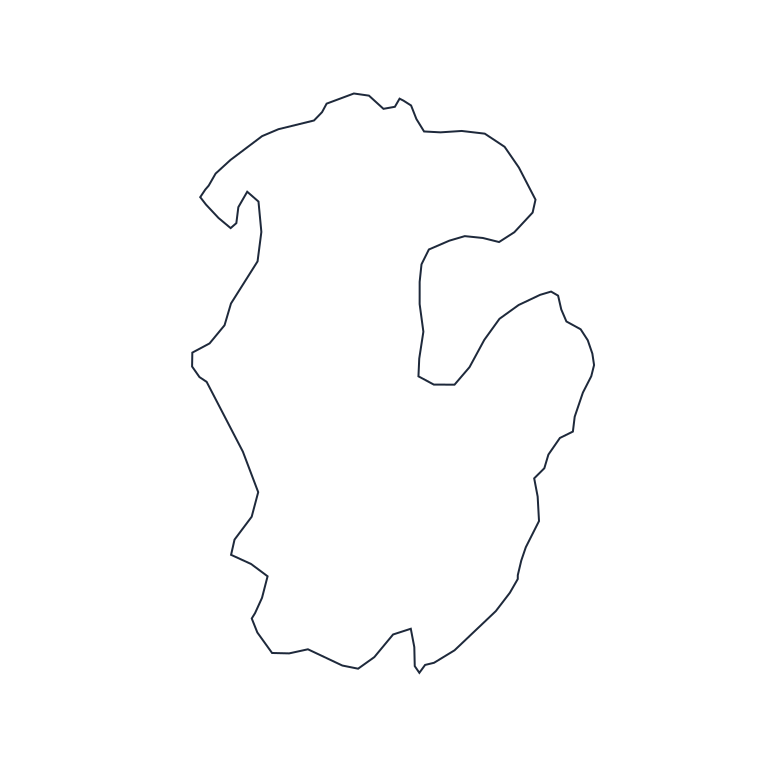 Boulkiemdé, Natural Earth projection, rotated 339°
{"feature_id": "BFA-2812", "entity_name": "Boulkiemdé", "entity_type": "Province", "adm_level": 1, "iso_a3": "BFA", "parent_name": "Burkina Faso", "parent_adm1": "", "projection": "natural_earth1", "projection_center": [-2.108, 12.305], "detail": "fine", "context": "isolated", "style": "outline", "palette": "slate", "viewbox_px": 768, "rotation_deg": 339, "n_neighbors": 0, "source": "natural_earth", "source_scale": "10m", "svg_char_len": 1498}
<svg xmlns="http://www.w3.org/2000/svg" viewBox="0 0 768 768"><g transform="rotate(339 384 384)"><path d="M296.7,183.5L289.0,169.7L282.1,152.7L279.4,143.7L286.9,138.4L291.4,136.0L302.2,127.2L321.0,119.8L359.0,108.9L376.8,108.3L413.1,112.9L423.6,108.0L430.9,101.7L460.0,102.0L473.3,109.4L482.1,126.9L493.5,129.1L500.8,123.2L503.7,126.4L509.1,133.7L509.2,148.2L511.9,162.6L526.9,169.3L547.2,175.6L567.8,186.4L581.6,205.8L587.5,230.3L591.5,266.2L584.2,277.2L560.1,289.0L542.3,292.7L528.6,283.1L512.4,274.9L496.4,273.6L474.1,274.5L461.9,285.7L453.9,301.4L445.9,322.2L439.5,349.3L426.0,372.9L418.9,389.2L430.3,402.4L449.6,409.9L469.9,398.9L493.5,378.7L515.2,364.5L538.0,358.5L561.7,356.7L573.1,357.6L578.2,363.9L576.2,377.9L576.7,391.0L587.2,403.4L589.9,416.2L589.4,430.3L586.9,441.6L580.3,451.0L566.6,463.3L550.3,482.9L543.3,496.1L528.9,497.4L512.2,508.8L503.5,520.1L490.4,525.9L487.1,544.2L479.6,567.5L457.9,587.2L448.9,598.0L440.4,610.4L439.0,614.0L426.7,624.0L407.0,636.1L354.4,657.9L330.8,662.2L321.7,661.0L313.5,666.3L311.6,658.4L318.0,640.5L321.3,622.1L302.7,621.1L277.1,635.5L257.8,640.5L244.2,631.9L217.9,604.4L198.9,601.5L183.1,595.0L176.7,570.6L176.5,555.5L181.5,551.7L193.5,539.9L206.4,521.8L195.4,504.4L180.0,488.7L188.7,475.7L212.9,460.5L227.8,439.9L228.0,396.6L219.2,318.5L214.2,311.4L211.1,298.9L216.3,286.0L235.7,283.6L256.2,272.0L270.0,254.0L309.9,224.2L324.0,198.1L332.2,168.7L325.2,155.5L311.4,166.7L303.8,180.9L296.7,183.5Z" fill="none" stroke="#1e293b" stroke-width="2"/></g></svg>